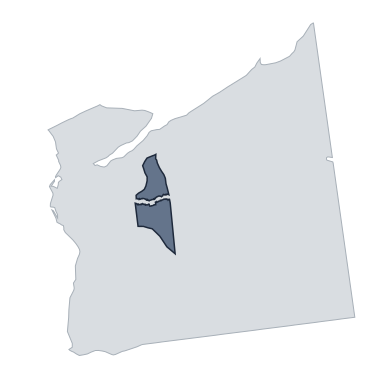 Zemam Out, Al Bahr al Ahmar, Egypt shown in context, rotated 262°
{"feature_id": "37247803B6993574009783", "entity_name": "Zemam Out", "entity_type": "district", "adm_level": 2, "iso_a3": "EGY", "parent_name": "Egypt", "parent_adm1": "Al Bahr al Ahmar", "projection": "natural_earth1", "projection_center": [30.77, 28.19], "detail": "fine", "context": "in_parent", "style": "filled", "palette": "slate", "viewbox_px": 384, "rotation_deg": 262, "n_neighbors": 0, "source": "geoboundaries", "source_scale": "gbopen_adm2", "svg_char_len": 7214}
<svg xmlns="http://www.w3.org/2000/svg" viewBox="0 0 384 384"><g transform="rotate(262 192 192)"><path d="M342.4,335.8L334.2,335.8L326.0,335.8L317.8,335.8L309.6,335.8L301.4,335.8L293.2,335.8L285.0,335.8L276.8,335.8L268.6,335.8L260.4,335.8L252.2,335.8L244.0,335.8L235.8,335.8L227.6,335.8L219.4,335.8L211.2,335.8L206.6,335.8L207.4,333.2L207.9,331.3L207.3,330.0L205.7,329.7L204.7,330.1L202.2,335.6L200.9,335.8L198.0,335.8L188.5,335.8L178.9,335.8L169.4,335.8L159.8,335.8L150.3,335.8L140.8,335.8L131.2,335.8L121.7,335.8L112.1,335.8L102.6,335.8L93.0,335.8L83.5,335.8L73.9,335.8L64.4,335.8L54.9,335.8L45.3,335.8L45.4,329.1L45.5,322.4L45.5,315.8L45.6,309.1L45.7,302.4L45.7,295.7L45.8,289.0L45.9,282.3L46.0,275.7L46.0,269.0L46.1,262.3L46.2,255.6L46.3,248.9L46.4,242.2L46.4,235.5L46.5,228.9L46.6,222.2L46.7,215.5L46.8,208.8L46.9,202.1L46.9,195.4L47.0,188.7L47.1,182.0L47.2,175.4L47.3,168.7L47.4,162.0L47.5,155.3L47.6,148.6L47.7,141.9L47.7,135.2L47.8,128.5L47.9,121.8L47.7,120.6L46.4,116.1L45.3,110.3L44.0,103.2L43.9,100.9L41.8,93.6L41.6,91.5L42.2,90.0L46.0,83.8L47.1,80.8L48.1,77.3L48.5,74.3L47.5,69.9L46.2,65.9L45.9,61.8L45.8,57.7L47.7,55.0L50.0,52.4L50.9,50.8L52.2,49.0L53.2,48.2L54.9,51.8L58.7,52.4L71.2,49.2L84.9,52.4L92.5,53.7L104.2,56.4L111.2,61.3L113.2,62.0L118.3,61.9L121.6,64.8L135.0,66.2L142.1,69.4L146.1,71.9L148.5,72.7L150.7,72.6L153.6,71.6L157.2,69.8L161.2,67.3L169.5,60.9L172.4,59.8L174.3,60.1L176.6,60.0L177.6,58.2L178.8,57.0L179.6,55.7L180.8,54.1L185.1,53.6L193.7,50.8L192.7,52.1L184.9,55.3L188.3,55.7L191.7,54.6L195.6,53.9L196.3,52.6L196.8,50.1L197.6,49.7L200.3,50.2L208.3,54.0L210.3,54.1L216.0,52.0L217.2,51.6L219.1,52.7L223.3,57.5L221.8,57.4L217.3,53.3L216.9,55.4L214.4,59.0L217.6,60.5L220.2,61.1L221.6,63.1L222.4,64.9L225.0,64.1L226.8,61.7L225.9,60.3L225.2,58.9L226.1,58.9L227.8,60.1L233.0,64.7L234.7,65.6L236.7,65.5L240.8,64.2L241.9,64.4L247.5,62.7L248.2,63.9L249.1,65.2L253.6,63.8L260.6,63.8L266.3,62.3L273.0,58.6L273.5,58.1L273.9,59.0L274.7,61.5L276.8,67.8L278.6,72.8L280.8,79.7L281.5,82.4L281.8,84.2L285.1,91.8L287.0,98.0L288.4,103.1L290.4,110.5L291.3,113.0L289.9,114.4L287.2,119.2L284.5,134.5L280.4,146.4L280.0,153.9L279.3,156.6L277.3,160.4L275.0,164.1L270.6,162.1L263.6,155.6L259.4,149.4L255.0,145.4L250.9,140.1L249.7,136.3L249.7,133.9L247.9,127.9L246.6,125.1L241.5,118.7L240.0,115.3L238.9,113.9L237.8,111.7L235.9,103.5L233.9,98.2L231.7,99.7L232.1,101.9L230.1,104.9L228.9,108.5L229.8,111.4L234.0,115.8L234.8,117.7L235.8,121.8L235.7,127.5L236.3,129.4L239.4,133.6L240.6,136.1L241.2,138.3L242.3,140.2L245.4,143.9L249.8,150.8L254.0,155.5L257.0,157.8L258.3,160.1L258.7,165.9L258.5,168.7L261.2,174.0L262.2,176.7L264.7,178.8L265.9,181.3L267.0,185.4L268.8,197.3L271.0,200.2L278.1,215.9L284.0,225.8L286.9,233.2L291.2,242.2L299.9,262.0L305.0,268.1L307.0,271.6L310.7,274.2L314.7,278.0L310.9,277.6L310.0,277.9L308.6,278.5L308.0,280.8L307.8,282.7L308.3,292.8L309.4,297.9L312.8,307.5L315.3,310.4L316.6,312.3L318.3,313.7L326.2,317.0L330.9,323.9L341.3,332.8L342.4,335.2L342.4,335.8Z" fill="#d9dde1" stroke="#a8b0b8" stroke-width="1"/><path d="M184.1,168.9L187.7,168.7L187.7,168.3L187.6,168.2L187.8,167.7L187.7,167.6L187.8,167.5L187.7,167.4L187.8,167.4L187.9,167.5L187.9,167.4L187.9,167.2L187.9,166.8L187.9,166.7L188.0,166.7L188.1,166.4L188.3,166.3L188.3,166.2L188.5,166.2L188.6,165.9L188.5,165.7L188.5,165.3L188.7,165.2L188.7,164.8L188.7,164.7L188.8,164.5L188.8,164.4L188.6,164.4L188.5,164.2L188.8,163.6L188.8,163.4L188.8,163.0L188.8,162.8L188.5,162.5L188.3,161.8L188.3,161.7L188.2,161.2L188.2,160.7L188.2,160.4L188.1,160.5L187.9,160.5L187.8,160.4L187.7,160.2L187.9,159.8L187.8,159.7L187.7,159.5L187.8,159.3L187.8,159.2L187.6,158.8L187.5,158.3L187.5,157.6L187.3,157.4L187.4,157.2L187.2,157.0L187.0,156.8L186.9,156.7L186.8,156.0L187.0,156.0L187.1,155.7L186.9,155.5L186.8,155.4L187.0,155.4L186.9,155.3L186.9,155.2L186.8,155.3L186.6,155.3L186.5,155.0L186.4,154.9L186.4,154.7L186.5,154.7L186.9,154.7L187.0,154.6L186.9,154.5L186.7,154.5L186.6,154.4L186.5,154.5L186.4,154.5L186.4,154.4L186.5,154.4L186.4,154.3L185.8,154.5L185.5,154.4L184.9,154.3L185.0,154.2L184.5,153.6L184.4,153.4L184.5,153.1L184.6,152.9L184.5,152.6L184.5,152.2L184.2,151.9L184.0,151.2L184.0,150.6L184.0,150.1L183.9,149.8L183.8,149.6L183.9,149.0L183.8,148.3L184.0,148.2L184.3,148.1L185.5,147.8L185.8,147.9L186.0,147.6L186.0,147.3L185.9,147.2L185.8,146.9L185.6,146.8L185.6,146.6L185.4,145.7L185.5,145.6L185.7,145.0L185.8,144.7L185.7,144.5L185.5,144.4L185.4,144.3L185.4,144.1L185.5,143.9L185.8,143.8L186.4,143.8L186.4,143.7L186.5,143.4L186.4,143.1L186.4,142.8L186.4,142.7L186.5,142.6L186.5,142.4L186.8,142.1L186.6,142.1L186.6,141.9L186.8,141.7L186.9,141.4L187.1,141.3L187.2,141.2L187.2,140.9L187.0,140.7L187.2,140.4L187.2,140.2L186.6,140.1L186.5,139.7L186.9,139.4L186.9,139.2L186.9,138.4L186.9,138.2L186.7,137.6L186.8,137.4L187.0,137.1L187.1,136.9L187.0,136.7L186.9,136.5L187.0,136.2L187.4,136.2L187.5,136.2L187.7,136.4L187.7,136.2L187.9,135.6L188.1,135.4L188.2,135.2L188.4,135.0L188.6,134.9L188.6,134.7L188.7,134.4L188.8,134.2L165.5,133.8L164.7,139.1L162.7,143.4L161.1,147.5L152.7,154.0L141.2,159.5L133.2,166.7L184.1,168.9ZM193.2,135.9L193.3,136.2L193.2,136.2L193.1,136.3L193.1,136.6L193.0,136.8L192.7,137.1L192.7,137.4L192.5,138.1L192.6,138.4L192.7,138.6L192.9,138.9L192.9,139.0L192.7,139.1L192.6,138.9L192.4,138.9L192.5,139.0L192.3,139.1L192.2,139.2L192.2,139.3L192.2,139.5L192.1,139.4L192.1,139.6L192.0,139.8L192.1,140.0L192.2,140.3L192.3,140.5L192.4,140.9L192.4,141.1L192.4,141.3L192.5,141.5L192.4,141.6L192.5,141.7L192.5,141.8L192.4,141.8L192.4,141.7L192.2,141.7L192.2,141.8L192.3,142.2L192.3,142.5L192.3,143.3L192.2,143.4L191.9,143.9L191.9,144.2L191.8,144.3L191.7,144.3L191.5,144.5L191.3,144.9L191.3,145.0L191.3,145.3L191.0,145.2L190.9,145.3L190.7,145.6L190.4,145.7L190.4,145.9L190.2,146.0L190.1,146.3L190.2,146.5L190.3,146.6L190.2,146.6L190.0,147.0L189.8,147.3L189.7,147.4L189.6,147.7L189.4,148.1L189.5,148.1L189.4,148.2L189.4,148.4L189.5,148.6L189.7,149.2L189.7,149.4L189.7,149.6L189.7,149.8L189.7,150.1L189.9,150.7L189.9,150.8L190.0,150.9L190.1,151.1L190.1,151.3L190.0,151.8L190.0,152.2L190.1,152.5L190.0,152.9L189.9,153.6L190.0,153.9L190.5,154.5L190.8,154.8L191.1,155.0L191.3,155.1L191.5,155.7L191.8,155.9L192.0,156.1L192.0,156.5L192.1,156.8L192.2,157.4L192.4,157.6L192.6,158.1L192.6,158.9L192.5,159.4L192.3,159.7L192.3,160.0L192.2,160.4L191.9,160.7L191.8,160.8L191.8,161.3L191.7,161.3L191.8,161.5L192.0,161.8L192.2,162.3L192.4,162.3L192.5,162.3L192.7,162.5L192.8,162.7L192.9,162.8L193.1,162.9L193.4,163.1L193.3,163.4L193.5,163.5L193.3,163.8L193.3,164.0L193.1,164.1L193.0,164.4L193.0,164.5L193.1,164.8L192.9,164.8L192.8,165.5L192.8,165.9L193.0,166.1L192.9,166.2L193.2,166.5L193.2,166.9L193.3,166.8L193.3,167.0L193.3,167.4L193.1,167.6L192.9,167.8L193.0,168.1L192.9,168.3L192.6,168.7L199.5,168.0L203.9,167.4L209.3,167.5L213.2,166.5L216.8,164.7L220.6,163.1L225.4,161.7L228.6,161.4L229.9,160.6L234.3,161.4L233.7,159.8L233.4,158.2L232.2,153.4L231.8,152.1L228.7,149.4L224.9,146.8L221.8,147.4L217.5,148.1L213.2,149.7L209.3,149.1L204.4,147.2L201.2,145.1L199.7,142.4L198.3,138.9L196.5,136.2L193.2,135.9ZM191.0,154.4L190.8,154.7L190.0,153.7L190.0,152.8L190.6,153.0L190.8,153.9L191.0,154.4Z" fill="#64748b" stroke="#1e293b" stroke-width="1.5"/></g></svg>